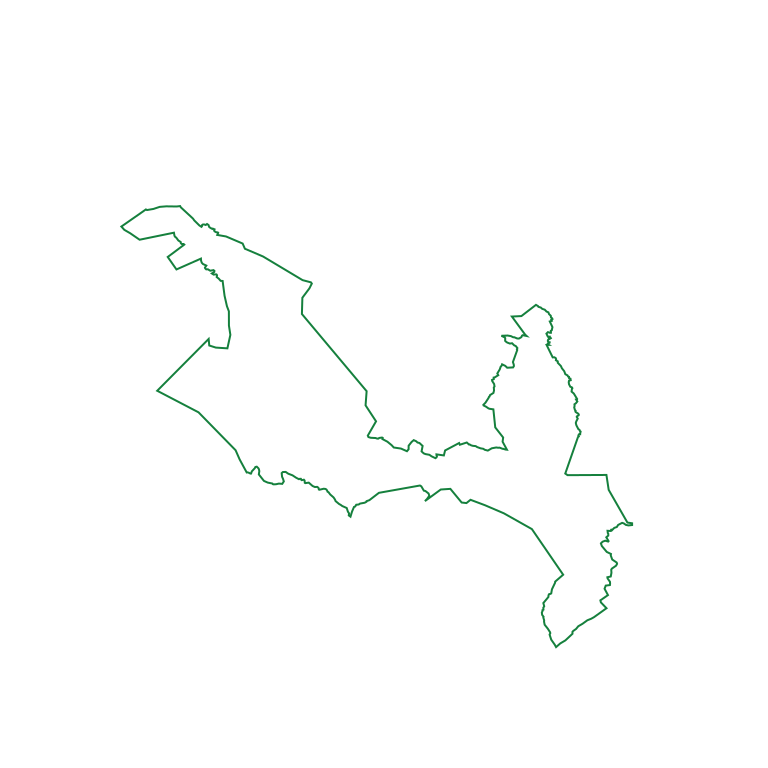 San Juan Bautista Cuicatlán, Oaxaca, Mexico (Equal Earth projection), rotated 121°
{"feature_id": "50627088B27189344444752", "entity_name": "San Juan Bautista Cuicatlán", "entity_type": "district", "adm_level": 2, "iso_a3": "MEX", "parent_name": "Mexico", "parent_adm1": "Oaxaca", "projection": "equal_earth", "projection_center": [-96.99, 17.726], "detail": "fine", "context": "isolated", "style": "outline", "palette": "green", "viewbox_px": 768, "rotation_deg": 121, "n_neighbors": 0, "source": "geoboundaries", "source_scale": "gbopen_adm2", "svg_char_len": 6121}
<svg xmlns="http://www.w3.org/2000/svg" viewBox="0 0 768 768"><g transform="rotate(121 384 384)"><path d="M495.0,93.2L491.6,92.7L487.4,90.4L481.8,88.0L478.5,85.5L475.7,83.9L461.6,77.8L459.5,85.6L458.0,87.1L449.6,83.3L445.9,89.5L442.6,90.1L440.0,86.8L438.8,87.3L437.2,88.4L435.5,92.2L434.6,93.0L432.2,90.5L428.7,91.8L426.1,93.6L424.9,93.6L420.2,91.5L418.1,91.6L417.2,92.6L416.9,98.0L414.1,101.4L412.8,101.9L413.2,106.6L410.7,113.8L408.9,116.0L406.6,115.4L404.4,113.7L403.6,110.7L403.0,110.6L400.9,114.5L398.4,113.7L396.9,114.6L396.5,115.4L394.7,116.8L393.3,114.1L392.7,113.7L391.9,114.2L391.3,113.5L391.6,113.2L388.7,112.5L386.7,110.8L384.2,110.7L380.4,108.4L380.0,106.7L380.2,104.1L379.3,101.6L377.1,98.7L375.6,99.6L377.4,104.0L359.0,136.9L347.4,146.5L367.6,179.7L367.4,182.5L329.6,190.4L328.6,190.0L328.0,190.9L326.8,191.0L326.1,190.0L325.5,190.5L325.1,190.4L323.5,191.0L323.5,191.6L322.6,192.9L322.6,194.1L320.4,197.7L319.0,199.2L318.2,199.7L316.3,200.0L313.9,200.1L312.9,201.9L312.5,202.0L310.6,201.1L310.1,201.1L309.4,202.1L309.3,205.3L309.0,205.8L308.2,206.0L307.9,207.0L306.1,208.9L304.7,209.3L303.3,210.3L301.7,209.6L299.4,209.3L298.4,211.3L297.8,210.6L297.4,210.7L294.4,216.4L293.9,219.3L291.2,220.5L290.8,220.3L290.3,220.7L290.1,221.3L290.4,222.9L288.9,225.3L287.3,226.6L285.8,227.1L284.6,225.9L283.4,226.9L283.7,228.3L282.6,229.1L282.8,230.0L282.1,231.2L282.2,233.6L280.2,236.1L278.9,239.6L277.5,241.6L276.3,246.0L275.1,246.7L275.1,248.9L274.1,249.2L273.3,250.3L273.4,251.8L274.3,253.1L266.8,264.7L265.6,262.9L265.6,264.2L265.2,264.5L263.3,263.3L262.9,263.5L263.4,264.8L262.7,265.8L261.6,266.1L258.8,264.6L258.7,264.8L259.7,265.4L259.6,266.4L258.2,266.5L259.0,268.0L257.2,270.7L255.1,270.2L254.6,268.0L254.1,267.3L252.5,268.4L251.5,267.9L248.5,268.9L245.0,274.1L243.4,272.7L242.6,273.8L241.5,273.1L241.1,273.7L240.8,275.3L239.6,276.2L239.1,278.5L237.9,280.0L238.2,282.0L237.5,284.5L238.1,287.1L237.7,288.9L238.3,291.4L237.9,292.1L237.9,294.5L255.0,301.2L260.3,309.1L269.0,288.4L269.4,286.5L270.7,290.2L271.5,290.6L273.1,290.4L275.5,291.7L276.4,293.3L276.8,296.3L277.4,297.4L277.6,299.9L278.8,303.0L282.2,308.2L281.9,304.4L282.3,303.7L284.6,302.4L284.9,301.2L285.0,299.7L284.5,296.9L283.1,295.2L283.8,292.4L283.6,290.6L284.5,288.2L285.8,288.0L286.2,287.3L298.8,284.8L300.5,282.8L301.7,281.9L303.3,281.9L306.6,286.8L306.0,289.4L306.3,292.9L307.6,292.6L309.1,292.9L311.9,292.3L316.6,292.3L317.6,290.6L321.3,292.5L322.0,293.3L323.3,292.4L324.9,293.5L325.7,292.8L327.3,289.6L329.2,288.0L330.4,288.1L332.8,286.4L335.3,285.6L338.9,287.4L340.5,287.1L341.0,287.4L342.2,287.2L347.8,287.4L350.7,288.1L351.1,287.6L350.9,284.7L351.1,282.0L350.9,280.8L349.4,277.2L363.9,266.3L368.5,254.3L372.4,252.6L377.0,244.8L377.6,246.1L378.2,248.6L378.5,249.0L379.0,252.1L379.9,253.4L380.6,255.1L383.6,258.5L387.6,260.7L388.5,263.8L388.4,265.5L389.4,268.1L390.1,271.8L390.0,272.8L390.1,273.6L391.2,275.9L391.7,277.7L391.7,279.6L392.1,280.0L391.5,282.9L397.0,287.7L395.9,289.2L409.5,297.4L414.4,295.9L417.3,302.8L418.2,302.2L418.7,301.4L419.9,301.2L421.1,301.7L421.5,306.1L421.3,308.6L422.7,312.3L423.0,314.0L422.8,315.4L422.4,317.1L417.2,319.0L416.3,323.2L416.9,325.2L416.5,326.8L416.8,329.6L419.5,330.5L424.2,331.1L427.3,329.3L429.8,329.7L430.6,336.2L433.4,342.9L432.5,346.0L431.7,351.4L432.0,357.0L430.9,357.3L430.9,358.1L432.7,360.3L433.7,360.7L434.3,361.7L434.7,363.5L436.9,367.6L437.5,370.0L436.6,371.3L435.9,371.3L420.1,371.6L411.8,388.8L399.1,395.2L366.3,490.4L352.1,498.4L340.4,497.2L335.1,497.6L334.5,499.0L336.9,507.3L337.0,553.3L339.7,572.9L336.4,577.5L338.9,595.4L342.1,603.7L339.8,604.0L339.7,604.5L340.4,606.3L340.4,607.9L340.0,608.6L338.7,608.9L339.0,610.8L339.5,611.0L339.6,613.2L339.4,614.8L338.1,616.3L338.0,618.1L339.5,618.7L339.9,620.4L340.6,621.4L341.6,621.8L342.4,621.3L343.3,621.4L343.2,623.9L341.5,630.9L340.6,632.9L337.2,649.2L336.5,650.4L338.6,653.1L343.9,662.2L347.7,667.5L352.7,671.8L357.0,676.8L357.0,678.0L384.3,690.2L385.6,686.0L385.5,679.2L386.2,667.8L362.5,642.0L364.9,639.9L365.5,638.6L365.5,637.6L366.9,634.2L367.0,631.4L367.9,630.7L368.2,629.6L367.2,627.9L367.4,627.0L386.5,634.8L392.7,620.9L370.8,605.5L372.4,604.4L373.9,602.7L374.4,600.9L374.0,597.3L376.5,597.4L377.0,596.8L377.3,595.4L376.4,594.1L376.4,591.3L374.2,588.8L374.4,587.6L375.4,587.2L377.9,588.5L378.0,586.4L376.4,584.3L376.4,583.8L376.8,583.1L378.5,582.5L378.8,579.9L379.7,577.2L378.8,575.4L390.5,566.1L398.2,558.7L401.6,554.4L413.8,547.0L421.0,541.0L434.1,536.6L439.4,546.9L441.0,553.6L435.7,557.5L506.6,574.9L503.8,528.4L517.2,477.1L523.0,468.9L530.5,456.2L530.2,456.0L529.7,454.2L529.6,452.4L529.2,451.8L527.0,452.3L522.7,451.4L521.4,451.5L520.4,450.5L520.9,448.3L521.5,447.3L522.9,446.0L526.0,444.7L528.9,437.0L528.4,432.9L526.8,428.4L527.1,427.7L526.9,427.0L525.6,425.0L523.5,422.8L522.0,419.8L519.1,419.7L517.4,421.6L516.0,423.6L513.1,425.8L511.6,425.4L510.0,423.0L510.2,419.9L509.4,415.4L509.6,411.0L509.4,407.9L508.5,407.2L508.1,406.4L508.7,405.7L508.8,405.0L507.3,403.4L507.6,402.4L509.5,401.0L509.5,400.4L507.3,397.7L508.2,392.7L507.9,390.2L506.6,388.3L506.6,387.6L507.0,386.3L508.0,385.5L507.9,384.9L504.8,381.7L504.1,380.1L504.1,379.1L504.6,377.9L505.4,376.9L505.3,375.9L506.4,373.2L507.2,368.8L508.3,366.5L509.3,365.2L510.0,360.6L509.9,358.9L510.1,357.0L509.5,352.1L512.0,349.2L512.9,347.3L514.8,346.5L515.0,344.4L509.8,345.7L505.5,346.3L504.9,346.4L503.8,345.6L501.8,345.6L500.3,343.6L498.9,343.0L495.7,339.4L494.0,338.4L493.4,338.6L491.1,336.7L479.9,332.3L452.5,300.9L452.5,299.3L454.9,294.9L454.4,293.4L454.9,289.4L456.5,287.6L460.3,287.9L463.3,288.6L445.2,281.0L439.7,273.1L445.6,256.4L443.6,252.0L438.7,250.2L435.9,235.0L433.1,214.6L432.2,182.5L455.2,132.2L465.2,135.5L466.2,135.0L473.5,134.3L477.4,132.8L478.6,133.6L479.0,134.2L480.3,134.2L481.9,133.4L489.7,134.6L492.0,132.2L493.8,132.2L495.3,131.1L496.3,131.7L496.9,131.2L498.6,131.0L500.4,129.6L501.4,127.3L502.1,127.2L504.1,125.0L505.3,124.4L507.6,122.3L509.4,117.5L511.3,113.7L512.0,113.1L513.5,113.0L517.0,109.0L519.5,103.4L520.9,101.0L515.6,99.3L510.4,96.5L501.0,93.8L499.4,94.8L498.2,94.6L495.0,93.2Z" fill="none" stroke="#15803d" stroke-width="2"/></g></svg>